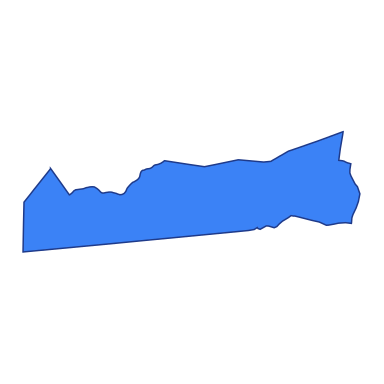 outline of Abu Hamad, River Nile, Sudan, rotated 271°
{"feature_id": "16777658B63373210852762", "entity_name": "Abu Hamad", "entity_type": "district", "adm_level": 2, "iso_a3": "SDN", "parent_name": "Sudan", "parent_adm1": "River Nile", "projection": "orthographic", "projection_center": [33.396, 20.198], "detail": "fine", "context": "isolated", "style": "filled", "palette": "blue", "viewbox_px": 384, "rotation_deg": 271, "n_neighbors": 0, "source": "geoboundaries", "source_scale": "gbopen_adm2", "svg_char_len": 2280}
<svg xmlns="http://www.w3.org/2000/svg" viewBox="0 0 384 384"><g transform="rotate(271 192 192)"><path d="M213.1,50.1L212.8,50.1L212.7,50.1L192.9,34.9L192.7,34.7L186.8,30.3L178.9,24.2L178.3,24.2L177.1,24.2L175.1,24.2L157.7,24.1L129.1,24.1L129.1,24.3L129.3,25.8L139.7,119.1L142.4,142.5L154.5,249.2L155.6,254.9L157.6,257.9L156.6,258.6L155.9,260.8L159.4,266.9L159.3,269.2L157.7,274.8L158.9,277.4L161.5,279.7L164.4,282.9L168.2,289.0L170.1,291.4L169.7,294.3L169.8,295.1L168.7,299.9L165.7,312.5L165.4,314.0L164.2,319.8L161.1,326.9L161.3,329.2L162.4,334.7L163.4,339.0L164.0,346.1L163.6,350.0L163.4,351.9L163.9,352.0L168.9,352.3L172.2,353.3L179.0,356.4L185.3,358.5L193.1,359.9L200.2,357.3L202.9,354.9L210.9,350.6L213.8,349.5L217.3,349.5L223.0,350.3L223.3,349.1L223.5,348.6L223.7,347.7L223.8,347.2L224.7,344.9L225.3,343.9L225.8,342.2L226.1,339.7L226.1,338.8L226.2,338.2L237.7,339.5L238.4,339.6L251.5,341.6L253.0,341.8L254.9,342.0L254.8,341.6L244.8,315.9L242.4,309.3L235.5,290.5L235.4,290.2L234.6,287.9L234.0,286.8L230.7,281.4L230.2,280.6L229.7,279.6L227.2,275.6L224.8,271.5L224.4,271.0L224.1,270.6L224.0,270.2L223.4,264.9L223.2,263.1L223.6,257.6L224.9,239.6L225.0,237.6L219.7,214.1L217.5,204.0L219.5,188.4L222.8,164.0L222.4,163.4L221.9,162.9L220.2,160.4L219.3,158.3L218.8,156.8L218.6,155.5L218.3,154.4L217.8,153.5L217.1,152.8L216.0,151.7L215.5,150.9L214.9,149.9L214.6,148.6L214.4,147.1L214.1,145.8L213.8,145.2L213.4,144.5L213.0,143.6L212.8,142.2L212.1,141.3L211.6,140.9L211.3,140.7L211.1,140.6L210.0,140.2L208.9,139.9L207.2,139.6L206.0,139.3L205.9,139.2L205.0,138.7L204.2,138.1L204.0,137.9L202.8,136.5L201.8,134.9L201.2,134.0L200.7,132.7L199.5,131.3L197.8,129.7L196.4,128.5L194.9,127.3L193.3,126.5L193.1,126.5L191.5,125.8L191.3,125.7L189.4,124.2L188.3,122.1L188.0,119.9L188.4,118.8L188.5,118.3L188.6,117.8L189.2,116.5L190.1,112.7L190.3,112.3L190.5,111.0L190.5,109.0L190.3,108.1L190.0,106.0L189.5,104.1L189.4,103.2L189.5,102.2L189.9,101.2L190.6,100.4L192.3,98.8L193.6,97.2L194.7,95.5L195.4,94.1L195.5,92.1L195.3,89.8L194.7,87.4L194.5,86.2L193.6,84.0L193.3,83.0L193.2,82.5L192.8,79.7L192.4,77.2L192.2,75.7L191.7,74.9L191.2,74.0L189.2,72.3L187.9,70.8L187.1,69.8L187.0,69.4L188.0,68.7L190.0,67.2L196.7,62.3L212.1,50.9L213.1,50.1Z" fill="#3b82f6" stroke="#1e3a8a" stroke-width="1.5"/></g></svg>